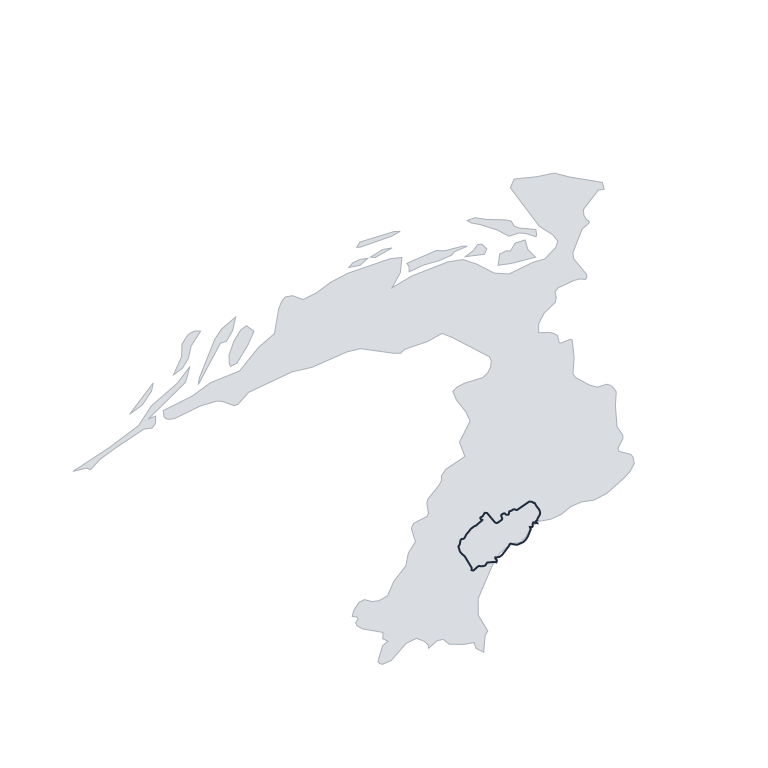 location of Viroviticko-Podravska within Croatia, rotated 110°
{"feature_id": "HRV-1606", "entity_name": "Viroviticko-Podravska", "entity_type": "County", "adm_level": 1, "iso_a3": "HRV", "parent_name": "Croatia", "parent_adm1": "", "projection": "orthographic", "projection_center": [17.571, 45.727], "detail": "fine", "context": "in_parent", "style": "outline", "palette": "slate", "viewbox_px": 768, "rotation_deg": 110, "n_neighbors": 0, "source": "natural_earth", "source_scale": "10m", "svg_char_len": 5712}
<svg xmlns="http://www.w3.org/2000/svg" viewBox="0 0 768 768"><g transform="rotate(110 384 384)"><path d="M125.6,243.7L128.6,249.0L151.9,256.3L157.2,253.8L160.4,249.8L160.6,247.1L162.6,246.4L170.7,250.8L196.2,251.4L201.5,248.5L211.7,231.1L214.9,229.7L216.9,230.5L218.2,235.8L221.7,240.9L234.1,253.3L238.9,254.8L243.7,251.8L248.7,251.0L262.4,257.7L274.2,259.3L283.0,256.2L279.0,246.6L278.4,241.7L279.1,237.5L285.2,233.5L285.0,231.6L278.0,224.0L278.4,222.1L294.4,214.3L309.7,210.0L312.3,206.4L314.7,190.9L314.1,182.6L308.1,174.7L307.8,170.8L309.4,166.7L311.9,163.1L325.1,159.2L344.4,150.4L350.4,142.1L353.9,140.8L364.6,142.2L366.9,140.1L365.7,128.0L367.6,124.9L373.2,121.6L382.5,123.1L390.3,126.3L410.6,137.2L421.4,147.2L427.3,158.2L435.5,166.7L445.8,172.8L454.0,181.0L460.0,191.3L468.5,197.1L479.4,198.4L486.4,201.9L489.3,207.7L495.2,212.9L504.2,217.6L518.2,220.2L553.4,222.1L569.0,216.4L580.6,202.0L585.6,203.0L601.9,198.6L601.0,207.1L596.2,211.0L601.3,219.7L606.2,233.8L603.7,240.9L607.0,246.3L617.0,251.6L614.2,253.3L612.0,258.0L611.9,266.5L620.0,274.4L641.5,282.7L648.0,289.7L648.1,292.7L647.0,294.8L630.6,295.8L624.3,292.3L623.8,298.0L617.8,300.0L621.5,320.8L620.3,326.8L618.1,328.9L613.4,327.9L612.2,329.9L613.3,334.3L607.4,335.0L597.8,332.8L593.4,328.8L592.5,320.9L589.4,314.6L581.8,308.2L566.0,307.3L547.6,301.3L534.3,303.3L521.5,300.5L510.6,308.8L505.0,308.7L493.9,298.5L490.6,297.9L480.9,303.1L477.0,303.4L460.9,297.8L455.0,296.9L450.7,298.7L443.0,296.7L424.4,283.2L412.8,293.2L389.4,290.4L382.4,297.3L374.2,310.5L367.6,316.7L362.0,314.4L355.5,308.4L344.1,293.2L338.3,290.4L331.6,289.6L325.6,291.1L322.4,294.1L317.0,335.2L316.6,346.8L329.4,357.8L344.4,376.6L349.3,378.8L351.7,384.9L358.8,418.1L366.5,429.8L392.8,457.2L404.0,474.5L438.0,508.3L453.2,514.3L455.6,517.5L455.7,530.5L457.3,535.4L467.4,549.0L488.2,569.0L490.6,573.6L491.3,577.0L489.9,579.6L484.5,582.3L460.6,559.8L442.0,547.4L421.1,524.1L393.0,514.6L374.0,504.2L349.6,508.6L341.7,508.5L336.1,506.6L332.3,500.2L332.4,489.0L321.4,478.6L306.4,468.7L292.3,455.8L264.4,421.4L258.9,410.4L273.8,406.7L290.9,409.4L272.8,394.6L247.4,365.7L240.0,352.2L239.6,337.9L242.1,318.4L237.9,304.2L218.5,285.4L211.5,275.6L197.0,269.3L190.3,269.6L186.1,276.5L182.6,292.1L156.4,332.4L146.9,331.8L137.1,311.6L127.6,296.2L126.0,280.3L119.9,247.9L125.6,243.7ZM564.7,630.3L564.9,635.0L572.5,646.4L538.6,621.0L506.9,600.3L484.5,595.3L453.9,578.4L434.0,572.4L450.3,571.1L497.5,593.5L492.2,587.6L499.0,585.3L504.8,586.9L508.5,594.2L535.1,613.8L552.2,625.3L564.7,630.3ZM202.8,356.8L201.9,361.8L196.6,355.3L194.3,343.9L188.1,325.5L187.4,320.3L191.2,315.4L191.2,310.3L186.9,294.2L191.1,291.8L193.6,291.5L194.1,302.6L196.1,309.1L202.4,317.1L200.6,330.0L201.3,348.4L202.8,356.8ZM233.4,317.4L222.2,319.7L217.1,314.7L215.8,310.6L206.8,309.0L200.4,300.6L208.5,294.8L213.0,285.0L227.4,305.9L233.4,317.4ZM410.0,539.5L395.3,539.7L382.5,537.2L376.3,533.2L378.9,524.3L393.0,525.1L414.6,529.3L419.9,534.0L418.2,536.1L410.0,539.5ZM448.0,558.3L441.4,559.6L399.9,558.3L387.9,555.5L371.8,546.3L385.3,544.5L397.9,546.7L401.7,551.7L448.0,558.3ZM265.2,400.5L262.8,403.8L240.7,380.5L238.3,372.9L227.6,357.2L226.0,352.9L236.0,363.4L239.8,364.5L249.4,374.6L258.7,387.5L270.0,398.8L265.2,400.5ZM397.1,574.4L414.3,578.2L427.0,576.6L438.5,578.9L447.3,585.0L427.6,583.5L415.7,587.5L405.2,585.2L401.3,582.5L398.5,579.1L397.1,574.4ZM263.7,453.3L264.8,456.5L258.8,455.1L237.2,426.5L235.0,421.0L242.8,427.7L263.7,453.3ZM227.8,334.1L236.5,351.1L228.1,345.7L220.6,343.5L219.1,339.6L222.0,333.5L227.8,334.1ZM486.6,604.0L499.4,612.7L461.9,601.2L470.1,600.0L486.6,604.0ZM280.7,447.2L286.5,456.9L280.8,454.8L274.9,448.7L271.5,442.2L280.7,447.2ZM268.1,435.5L269.4,440.1L258.2,431.3L253.3,422.9L268.1,435.5Z" fill="#d9dde1" stroke="#a8b0b8" stroke-width="1"/><path d="M459.7,193.4L460.5,194.2L461.5,194.4L462.4,192.8L462.9,195.0L462.8,196.1L463.1,196.5L464.9,196.4L467.0,195.6L467.9,196.0L468.5,198.0L469.0,197.7L469.3,197.3L469.6,196.9L470.3,196.4L477.9,196.7L481.7,197.5L484.9,199.0L489.2,203.5L489.8,204.7L489.9,205.7L490.4,207.6L490.5,209.1L490.6,209.8L490.8,210.6L491.5,211.1L493.5,211.2L504.4,214.6L507.0,216.4L508.8,219.5L508.8,220.0L509.8,219.8L510.3,218.9L510.8,217.9L511.6,217.4L513.1,217.4L513.1,217.5L513.7,219.9L514.6,222.0L515.6,223.9L516.0,225.0L516.4,225.8L516.8,226.1L519.3,226.6L519.9,226.8L520.4,227.4L521.0,228.2L521.8,229.7L522.1,230.6L522.3,231.4L522.4,232.4L523.0,233.0L524.0,233.7L528.4,236.0L528.6,236.3L528.8,236.5L529.0,238.0L526.7,238.8L518.3,249.2L517.0,252.7L516.2,254.2L515.6,255.1L515.0,255.7L511.8,258.1L511.3,258.4L510.8,258.5L510.5,258.4L509.8,258.1L508.3,258.0L505.3,258.6L504.4,258.6L503.6,258.4L503.2,258.1L502.9,257.6L502.7,257.1L502.4,256.5L501.8,256.0L501.0,255.6L497.0,255.2L496.1,254.8L495.3,254.4L490.3,252.8L487.1,250.7L486.5,250.1L485.4,249.0L485.1,248.7L484.5,248.6L478.3,245.0L478.1,245.0L478.0,245.3L478.0,246.3L477.9,246.7L477.7,247.1L477.2,247.6L476.8,247.7L476.5,247.7L476.1,247.4L475.8,247.2L475.5,246.8L474.9,246.4L474.3,246.0L470.6,245.3L470.0,243.0L476.1,232.4L476.2,230.7L475.9,230.1L472.3,227.5L471.6,227.1L470.8,226.8L470.2,226.8L469.9,226.9L469.3,227.5L468.9,227.8L468.1,228.5L467.6,228.9L466.6,228.9L464.9,227.5L464.5,227.0L464.3,226.5L464.4,226.0L464.9,225.1L465.0,224.5L464.8,223.8L464.5,222.8L464.1,222.4L463.7,222.2L461.1,222.7L460.9,222.7L460.3,222.0L459.5,220.9L458.1,220.1L457.5,219.3L457.1,218.6L457.1,218.2L457.1,217.2L457.1,216.7L457.0,216.0L444.8,207.3L444.2,205.0L444.1,204.4L444.2,203.9L444.6,203.1L444.6,202.7L444.2,202.1L444.4,201.5L445.0,200.8L446.4,199.3L449.0,195.2L449.5,194.7L450.0,194.3L451.7,193.2L452.6,193.0L453.4,192.9L458.1,193.7L459.0,193.6L459.6,193.5L459.7,193.4Z" fill="none" stroke="#1e293b" stroke-width="2"/></g></svg>